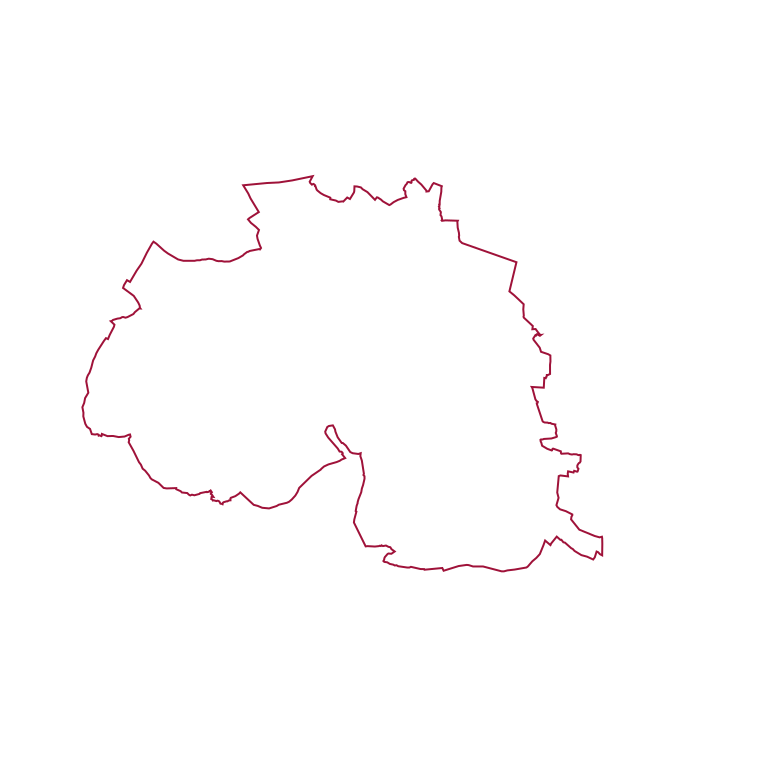 outline of Hodod, Satu Mare, Romania, rotated 210°
{"feature_id": "2599482B11303737226697", "entity_name": "Hodod", "entity_type": "district", "adm_level": 2, "iso_a3": "ROU", "parent_name": "Romania", "parent_adm1": "Satu Mare", "projection": "equal_earth", "projection_center": [23.05, 47.398], "detail": "fine", "context": "isolated", "style": "outline", "palette": "rose", "viewbox_px": 768, "rotation_deg": 210, "n_neighbors": 0, "source": "geoboundaries", "source_scale": "gbopen_adm2", "svg_char_len": 6166}
<svg xmlns="http://www.w3.org/2000/svg" viewBox="0 0 768 768"><g transform="rotate(210 384 384)"><path d="M441.4,582.9L441.8,581.2L441.6,573.3L443.5,571.9L444.0,572.7L451.4,575.4L455.8,576.3L459.6,577.5L460.3,577.1L460.5,576.5L460.2,575.8L461.7,574.2L461.6,573.3L460.9,572.2L461.1,571.7L463.4,571.4L464.5,570.5L464.4,568.3L464.8,567.1L464.7,563.0L463.6,561.8L461.9,561.6L460.5,559.1L458.0,557.0L460.0,555.1L464.1,550.3L466.6,546.3L468.1,542.7L468.9,541.6L476.3,541.6L478.8,542.2L482.6,542.4L483.5,542.1L483.9,539.0L494.3,541.9L499.9,542.0L502.3,542.7L506.0,541.6L508.4,540.4L506.2,536.2L505.8,534.8L506.0,527.2L509.1,527.1L510.5,521.6L511.3,521.4L514.6,518.9L517.4,518.8L522.9,517.1L523.5,518.4L523.8,518.5L530.6,517.6L534.3,517.6L538.6,518.3L539.6,518.7L542.0,520.8L542.6,520.8L542.9,521.6L544.5,522.0L545.3,521.9L546.1,520.6L548.4,521.2L549.5,522.0L549.7,528.3L565.3,514.4L575.8,506.0L585.9,499.5L605.3,485.7L596.8,481.1L592.4,478.0L578.4,470.3L583.5,460.4L584.1,458.6L579.8,457.0L573.5,456.0L569.3,454.9L568.2,449.0L566.1,446.5L560.8,441.9L558.5,440.3L558.7,438.5L559.6,438.4L567.0,431.9L567.5,430.8L568.5,430.0L570.1,426.3L570.4,424.9L573.1,420.2L578.8,413.0L583.6,410.1L586.0,409.3L588.6,407.7L590.7,406.9L594.8,406.4L598.4,404.9L600.7,402.7L603.8,400.8L605.2,399.2L608.0,397.5L609.5,396.1L619.3,390.4L624.6,388.9L636.3,389.0L641.1,389.5L651.3,391.7L654.8,392.0L655.1,389.4L655.0,379.1L654.2,366.9L654.9,358.5L655.0,345.4L658.5,345.4L658.6,339.6L658.0,336.7L644.8,335.2L637.7,331.7L634.9,329.8L633.4,327.9L632.7,327.6L633.7,327.1L635.7,321.6L636.0,319.3L639.6,313.7L641.0,312.2L643.4,311.6L644.2,311.0L645.3,309.1L647.6,307.3L650.7,304.0L651.2,302.6L652.0,301.8L647.1,300.6L646.5,298.5L646.1,289.5L645.5,284.9L647.7,284.7L648.1,281.2L648.6,270.7L648.5,266.7L647.9,263.4L647.7,259.0L645.7,251.9L644.7,246.6L644.8,243.4L644.4,240.7L643.2,237.4L635.7,228.6L635.8,222.3L634.2,217.7L633.6,213.1L629.9,208.8L628.2,205.6L622.8,200.2L619.8,198.4L616.1,198.1L612.0,194.5L608.9,195.8L607.3,197.2L606.1,197.4L605.3,196.6L604.7,197.3L602.7,197.5L602.6,198.0L603.3,199.7L597.4,200.6L592.7,203.5L587.2,205.4L582.4,208.8L579.7,212.4L578.7,213.3L577.1,211.6L577.6,209.0L576.5,207.8L576.0,205.9L567.6,200.9L557.1,193.8L554.2,192.6L550.7,190.0L547.5,189.5L541.8,187.3L539.3,185.8L537.4,185.3L529.9,185.6L522.9,183.8L520.0,184.9L512.0,189.9L511.8,189.2L511.3,189.0L506.5,189.5L504.8,189.0L499.8,191.2L497.8,190.6L496.1,190.6L495.0,192.1L492.6,192.8L488.8,196.6L488.7,197.5L483.7,201.9L483.2,201.8L481.7,203.2L481.6,204.1L481.2,204.3L480.9,205.1L479.0,204.2L479.4,203.1L479.0,202.2L477.9,202.2L475.3,200.9L476.9,200.2L476.1,198.0L475.1,198.1L473.9,197.5L473.4,198.1L470.6,198.8L470.0,199.6L468.7,200.0L467.7,199.8L465.8,198.6L464.3,199.2L463.7,199.2L464.1,200.6L463.9,201.3L461.7,203.7L460.9,204.1L460.1,205.6L458.8,206.5L459.8,208.1L459.7,208.9L456.7,212.5L454.7,216.6L454.3,218.3L436.4,214.2L432.4,215.3L427.6,215.9L421.3,218.8L416.0,224.6L414.7,226.9L408.7,232.6L407.3,234.6L406.1,237.9L405.0,243.0L404.9,247.2L405.5,251.6L400.8,268.2L396.0,278.2L395.9,279.1L394.7,282.6L391.9,286.6L386.0,292.7L383.9,295.4L383.0,297.3L380.6,300.4L385.2,302.2L384.9,303.0L385.5,303.7L386.9,304.1L388.7,303.3L391.8,305.0L405.5,309.7L409.9,312.0L411.1,313.4L411.6,318.4L410.7,320.1L407.6,322.6L403.7,320.2L402.3,318.5L397.5,314.7L391.2,311.8L390.2,312.3L386.2,311.6L379.2,308.2L376.5,308.4L371.2,310.6L369.6,312.4L368.4,309.7L364.9,306.6L356.5,296.2L356.3,294.9L354.8,294.4L353.5,292.2L351.6,286.0L350.9,282.4L349.6,278.9L348.5,271.5L347.7,268.3L347.3,267.8L346.8,264.9L345.0,259.8L344.1,259.7L342.0,251.9L340.8,249.0L318.7,234.2L317.1,235.4L310.6,238.7L307.3,241.1L306.8,241.8L305.7,242.1L305.5,243.0L303.9,243.1L301.5,245.1L298.8,245.2L296.9,245.8L294.9,244.7L291.0,244.3L292.7,240.7L295.4,239.4L295.9,238.6L296.7,234.6L296.6,233.4L296.0,231.8L296.0,230.4L294.8,230.1L292.0,231.2L289.0,231.1L285.6,232.2L284.0,232.2L282.5,233.3L280.6,233.3L272.3,236.6L270.2,237.8L269.3,239.1L259.9,242.0L256.6,243.8L256.1,243.4L241.5,253.8L239.0,252.1L228.3,263.7L221.9,268.7L220.1,269.5L215.6,270.5L207.0,275.5L188.4,280.6L186.5,281.7L183.9,284.3L178.1,288.6L168.9,296.3L168.2,297.8L166.9,304.6L165.1,309.6L164.0,314.6L165.3,324.1L166.2,329.0L159.3,327.7L159.3,328.0L159.7,328.1L158.1,338.2L153.3,337.2L152.5,337.8L149.5,336.6L148.0,337.1L139.7,335.4L138.1,335.5L135.5,334.7L127.5,334.5L121.8,336.0L115.1,336.6L114.8,339.3L116.1,345.2L114.5,345.4L111.9,344.6L109.4,344.7L115.0,354.7L117.9,359.5L118.9,360.7L120.6,359.0L125.6,357.7L142.0,355.5L154.3,360.3L155.3,362.8L155.3,364.6L155.7,365.2L162.9,364.8L168.9,363.5L172.4,364.2L174.1,365.3L175.9,372.7L179.7,376.6L186.6,391.6L185.5,393.0L178.4,396.0L180.0,398.1L180.9,400.4L175.6,402.1L175.9,403.9L172.9,404.6L172.6,405.0L173.2,407.8L174.8,408.4L175.7,409.8L175.9,411.1L175.7,412.9L175.1,413.9L175.1,415.2L178.1,420.8L178.7,420.7L180.1,419.6L182.0,419.4L184.7,418.0L186.0,416.9L187.9,416.2L189.8,416.0L195.5,412.3L196.2,412.6L197.2,414.1L205.2,412.6L205.6,412.2L205.3,410.6L205.5,410.3L210.3,409.5L216.2,409.6L218.4,411.8L219.6,412.6L220.6,413.9L220.4,414.4L218.9,415.3L218.0,416.4L211.8,420.5L208.7,423.8L208.0,424.7L208.1,425.2L210.8,427.5L211.1,429.1L212.0,430.8L215.1,433.7L215.4,434.6L219.2,433.3L220.3,433.5L222.0,432.4L222.9,432.4L225.6,431.0L227.1,430.8L228.1,431.1L241.6,443.1L242.1,443.7L241.6,444.4L241.8,445.4L243.5,445.6L245.2,446.4L253.3,454.5L254.6,455.3L243.8,460.7L248.2,469.4L246.8,469.9L247.1,471.1L246.8,471.6L247.5,473.2L246.5,473.8L245.2,475.7L249.8,483.6L251.1,486.7L254.2,491.9L256.7,491.9L264.1,490.4L267.3,493.3L276.6,497.1L277.5,498.0L277.3,502.0L276.6,501.9L276.4,503.6L273.1,503.7L272.6,504.9L273.0,504.6L276.1,505.6L280.2,507.4L282.9,505.6L284.1,508.6L296.1,511.4L296.8,512.0L297.1,513.1L300.7,518.3L302.9,522.9L315.5,525.9L321.7,526.9L330.2,555.7L386.8,545.1L390.2,545.9L392.8,548.9L393.0,549.9L394.7,552.4L398.3,556.2L401.6,561.2L401.7,562.3L412.5,556.5L415.4,554.3L415.9,554.5L415.6,555.2L418.0,557.9L419.5,558.5L420.7,561.3L423.5,562.7L423.9,563.3L423.7,564.0L425.1,565.0L424.9,565.6L425.9,566.9L425.5,567.2L427.3,570.4L430.5,579.1L432.5,582.8L432.8,584.2L441.4,582.9Z" fill="none" stroke="#9f1239" stroke-width="2"/></g></svg>